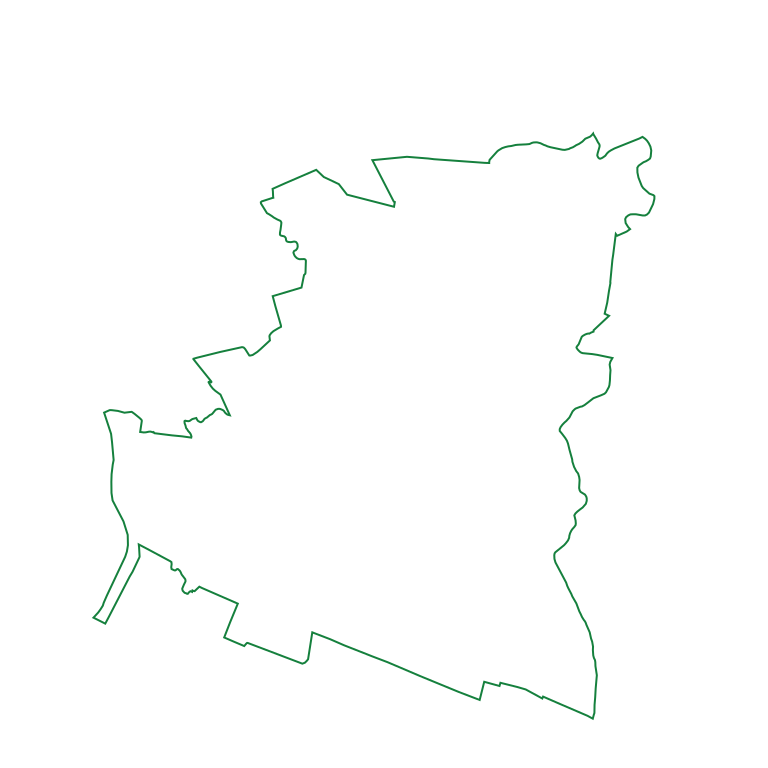 outline of Bucovat, Timis, Romania, rotated 101°
{"feature_id": "2599482B31690404831196", "entity_name": "Bucovat", "entity_type": "district", "adm_level": 2, "iso_a3": "ROU", "parent_name": "Romania", "parent_adm1": "Timis", "projection": "equal_earth", "projection_center": [21.395, 45.749], "detail": "fine", "context": "isolated", "style": "outline", "palette": "green", "viewbox_px": 768, "rotation_deg": 101, "n_neighbors": 0, "source": "geoboundaries", "source_scale": "gbopen_adm2", "svg_char_len": 6147}
<svg xmlns="http://www.w3.org/2000/svg" viewBox="0 0 768 768"><g transform="rotate(101 384 384)"><path d="M668.8,624.6L672.4,611.9L665.2,609.7L621.5,596.9L616.3,595.0L600.7,591.0L600.0,591.0L591.3,593.2L588.3,594.1L591.7,582.8L598.8,559.9L599.4,558.7L601.3,558.1L604.4,557.9L606.2,557.2L606.9,554.2L606.9,553.5L606.4,552.8L605.4,552.1L605.1,551.6L605.0,551.0L606.2,548.9L607.5,547.7L609.6,546.3L613.5,541.9L614.6,541.4L615.8,541.2L619.0,542.1L623.3,543.0L624.3,542.7L625.4,542.1L627.0,539.9L627.2,538.2L627.5,537.4L627.4,536.6L625.7,535.7L624.5,534.7L624.3,534.3L624.4,533.8L624.7,532.7L623.2,532.6L623.5,531.6L623.5,530.4L618.2,526.6L619.0,523.7L627.5,485.6L647.3,489.6L663.3,492.5L665.5,482.6L667.9,471.2L665.2,469.7L664.3,469.0L664.2,468.3L674.1,410.8L672.7,408.5L670.7,407.1L668.7,406.0L641.5,407.0L644.8,388.1L648.1,373.3L653.6,343.6L656.4,327.4L663.8,292.9L672.1,251.5L675.9,229.8L657.2,228.8L658.4,213.0L655.1,212.7L656.0,195.5L656.8,186.6L662.5,168.6L660.5,168.2L664.5,150.3L670.9,120.8L672.7,115.2L668.2,114.9L667.2,114.7L666.1,114.8L658.7,116.1L651.3,116.9L642.6,118.1L629.3,119.5L620.6,122.6L616.7,123.5L614.8,124.2L612.8,125.7L610.5,126.8L605.3,128.2L601.9,128.7L597.2,130.5L594.3,132.2L588.5,134.7L581.7,139.4L579.8,140.5L578.6,141.5L577.5,142.8L574.9,145.2L572.2,147.1L569.9,148.9L562.7,153.3L556.6,158.6L554.3,160.1L549.3,164.1L547.2,165.6L544.2,167.3L526.5,181.6L523.2,183.3L519.5,184.2L517.7,184.2L516.5,183.7L507.9,176.5L505.6,175.1L502.4,173.5L499.6,172.9L497.8,173.1L495.1,172.9L492.4,172.2L490.7,171.5L488.0,169.9L486.0,169.0L484.3,169.1L481.4,169.9L476.6,172.1L474.6,171.4L472.4,169.9L469.7,167.6L467.3,165.4L463.1,163.0L460.0,162.7L457.5,163.2L455.9,164.0L454.2,165.6L452.4,170.4L451.1,171.6L448.9,172.6L440.9,173.7L438.0,174.7L434.8,176.4L432.9,178.6L429.1,181.6L424.4,184.2L422.1,184.9L413.3,189.3L407.4,192.0L404.8,193.6L402.4,195.8L398.9,199.7L396.6,202.5L394.8,202.9L392.6,202.4L389.9,201.1L387.4,199.5L385.5,198.0L381.5,195.6L374.8,193.6L372.7,192.2L371.6,191.3L368.8,186.8L368.3,185.4L366.4,183.1L358.0,175.7L353.8,169.0L351.5,165.7L349.8,164.5L344.1,162.7L342.0,162.5L337.4,162.9L332.2,163.7L327.2,164.3L321.9,166.2L319.1,166.1L314.9,164.7L314.7,180.3L314.9,185.3L315.8,194.7L315.7,195.8L315.5,196.7L314.9,198.0L313.9,199.5L313.1,200.6L311.6,202.0L310.5,201.9L307.9,200.5L300.0,198.9L299.0,198.2L297.3,196.3L296.2,194.7L295.7,193.6L295.4,192.8L295.4,192.1L293.9,190.4L292.6,188.3L291.3,188.5L274.1,176.1L272.9,180.8L261.6,180.4L249.8,180.9L241.5,181.0L241.0,181.3L218.4,183.5L213.5,183.7L192.5,185.1L194.0,183.4L188.1,174.9L185.0,172.0L183.4,174.2L179.9,177.5L176.1,178.7L174.1,178.2L171.9,176.4L170.5,174.5L169.8,171.7L169.3,168.8L169.2,162.1L168.8,160.0L167.5,158.2L165.2,156.6L156.1,154.2L150.8,153.9L148.0,154.4L147.2,155.5L146.5,159.8L142.2,167.0L140.4,168.8L132.8,173.6L128.0,175.6L123.3,176.6L121.1,175.7L119.3,174.0L116.8,171.6L115.3,169.3L113.5,167.3L111.9,165.9L109.8,165.6L103.8,166.2L100.1,167.8L97.2,170.0L95.0,172.2L93.5,174.4L92.1,177.4L94.3,180.2L108.8,202.7L111.3,205.8L113.1,207.7L115.1,209.1L117.7,210.3L119.6,212.1L120.7,213.3L121.6,214.8L121.6,215.6L121.0,216.7L119.9,217.7L118.8,218.3L116.6,218.3L110.0,217.7L108.9,217.8L107.7,218.3L105.9,220.1L102.6,222.7L98.8,226.2L98.2,226.5L100.1,227.5L101.9,228.9L104.8,233.2L108.2,235.5L111.1,238.4L112.9,240.9L114.0,242.0L115.6,243.8L117.1,246.3L118.0,247.3L119.7,251.2L120.0,253.6L119.8,265.8L119.5,269.0L119.0,270.9L118.8,272.6L117.8,276.3L117.6,279.3L117.7,280.6L118.4,283.4L119.1,284.8L120.7,287.0L121.6,290.0L123.6,298.2L123.9,299.2L124.3,300.5L126.1,304.5L127.0,307.3L128.2,310.0L129.9,313.0L132.8,316.2L134.0,317.2L143.8,323.1L146.0,323.1L147.0,322.9L147.7,327.3L153.8,377.8L154.2,383.6L156.6,404.8L166.5,438.1L203.1,409.2L203.3,408.1L208.1,408.0L205.2,456.4L196.4,466.5L192.3,482.6L186.7,491.4L205.7,519.2L213.7,530.6L215.8,529.9L221.2,528.6L222.3,528.2L222.8,529.3L228.1,538.9L229.1,539.6L230.3,539.2L238.6,531.5L239.3,529.3L240.7,525.8L241.6,524.0L242.9,520.0L243.5,517.3L243.9,516.5L244.7,515.8L245.3,515.5L247.5,515.3L252.4,515.0L255.1,515.0L257.0,514.7L257.6,514.3L258.0,513.3L258.1,510.2L258.5,509.3L259.3,508.4L260.1,508.0L261.2,507.7L262.0,507.2L262.4,506.8L262.7,506.1L262.8,505.1L262.7,503.8L262.5,502.4L261.3,499.4L261.3,497.8L261.6,497.1L262.6,496.1L263.3,495.6L264.3,495.3L265.7,494.9L267.1,495.0L267.7,495.1L269.5,496.1L270.3,497.3L270.8,497.7L272.1,498.0L272.9,497.7L274.9,496.4L275.8,495.5L277.0,493.7L277.5,492.0L277.6,490.7L276.6,486.2L276.8,485.1L277.2,484.6L277.9,484.2L289.7,482.3L290.8,482.3L292.3,483.3L305.1,483.4L319.0,510.0L328.3,505.5L345.5,496.7L346.6,496.2L347.5,496.0L349.6,498.6L353.2,502.6L355.7,504.5L357.9,505.5L358.9,505.6L363.0,504.3L373.4,511.9L376.7,514.5L380.6,518.5L381.7,521.0L381.7,521.7L376.2,526.9L375.1,528.4L374.9,529.1L374.9,530.4L383.8,550.9L393.8,572.4L395.6,575.9L395.9,575.9L402.0,568.8L414.5,554.0L414.9,553.8L415.2,553.9L415.4,554.1L415.4,554.9L415.1,555.7L415.2,556.2L415.4,556.5L415.8,556.5L418.8,553.9L421.2,551.1L422.9,548.3L425.6,542.5L444.1,529.4L444.0,531.4L443.7,532.5L442.5,534.5L440.9,536.1L440.3,537.4L439.8,539.8L439.8,541.0L440.1,542.2L441.3,544.2L442.0,544.7L445.7,546.7L446.3,547.1L446.9,547.8L447.7,549.0L450.7,551.4L451.2,552.1L452.2,553.3L452.8,553.7L454.6,554.5L455.3,555.0L456.4,556.3L456.5,557.1L455.9,559.2L455.4,560.0L454.3,561.0L453.2,561.8L454.8,565.1L455.3,565.8L457.3,567.7L457.5,568.1L457.8,568.8L457.9,569.5L458.0,571.1L457.9,571.9L458.1,572.4L458.4,572.7L458.9,572.7L460.6,572.2L462.5,571.0L464.7,570.0L465.3,569.6L465.8,568.8L467.3,567.5L469.3,564.9L470.4,564.0L472.2,563.0L473.4,563.0L473.9,572.2L474.9,582.5L476.1,599.9L475.2,601.0L475.6,601.4L475.4,602.1L475.3,604.2L475.6,605.5L476.9,608.6L477.4,610.6L477.6,614.2L466.4,614.7L465.9,614.9L465.3,615.4L463.9,617.6L460.9,623.2L459.6,626.0L459.5,626.5L461.7,633.3L461.2,640.1L461.6,645.9L461.8,647.5L462.0,648.3L465.5,653.3L485.0,642.4L492.9,639.9L510.2,634.9L514.8,634.9L524.4,634.2L531.9,633.0L543.0,630.7L550.1,628.2L568.6,613.5L581.0,606.8L591.1,604.6L597.5,604.4L603.0,605.1L644.7,615.7L652.3,617.4L655.2,617.7L659.1,619.2L662.8,620.9L668.8,624.6Z" fill="none" stroke="#15803d" stroke-width="2"/></g></svg>